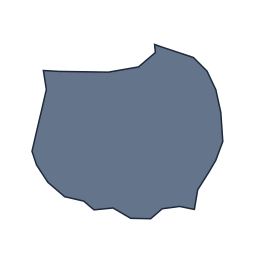 an SVG outline of Istok, rotated 13°
{"feature_id": "KOS-5887", "entity_name": "Istok", "entity_type": "District", "adm_level": 1, "iso_a3": "XKX", "parent_name": "Kosovo", "parent_adm1": "", "projection": "albers", "projection_center": [20.485, 42.778], "detail": "fine", "context": "isolated", "style": "filled", "palette": "slate", "viewbox_px": 256, "rotation_deg": 13, "n_neighbors": 0, "source": "natural_earth", "source_scale": "10m", "svg_char_len": 519}
<svg xmlns="http://www.w3.org/2000/svg" viewBox="0 0 256 256"><g transform="rotate(13 128 128)"><path d="M47.9,88.4L96.3,78.0L124.5,66.1L137.7,48.3L135.1,40.6L141.8,41.4L175.9,44.6L192.2,54.8L205.0,71.0L214.9,91.9L223.4,119.8L220.8,139.7L216.7,152.8L209.8,172.6L211.0,192.4L196.0,192.8L179.5,199.0L170.5,211.3L150.9,215.4L131.4,209.3L113.3,215.4L101.3,209.2L81.7,209.2L62.2,199.0L47.2,184.6L39.7,172.3L39.7,151.9L39.8,129.4L39.8,108.9L32.6,91.0L47.9,88.4Z" fill="#64748b" stroke="#1e293b" stroke-width="1.5"/></g></svg>